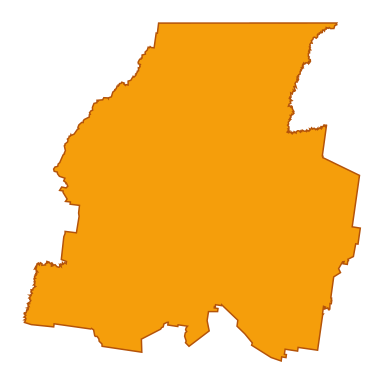 outline of Walgett, New South Wales, Australia
{"feature_id": "25037944B85732743205299", "entity_name": "Walgett", "entity_type": "district", "adm_level": 2, "iso_a3": "AUS", "parent_name": "Australia", "parent_adm1": "New South Wales", "projection": "natural_earth1", "projection_center": [148.338, -29.79], "detail": "fine", "context": "isolated", "style": "filled", "palette": "amber", "viewbox_px": 384, "rotation_deg": 0, "n_neighbors": 0, "source": "geoboundaries", "source_scale": "gbopen_adm2", "svg_char_len": 5784}
<svg xmlns="http://www.w3.org/2000/svg" viewBox="0 0 384 384"><path d="M23.7,322.2L31.3,324.6L53.7,326.9L54.1,323.8L90.8,329.0L91.5,328.4L93.6,329.9L94.7,335.6L95.3,336.4L97.1,336.4L98.8,338.8L99.2,341.3L101.9,343.9L102.1,346.3L141.8,352.2L141.4,339.1L160.6,329.2L161.6,327.6L163.2,326.9L163.9,323.9L166.9,322.4L168.2,322.3L167.8,325.0L177.8,326.5L178.1,324.8L187.5,326.2L186.1,327.9L185.6,329.8L186.7,331.6L185.3,332.8L184.6,336.2L186.2,341.1L185.5,342.7L189.0,346.3L209.2,330.9L207.1,320.6L208.5,311.6L217.6,311.6L218.0,308.5L214.2,307.9L214.4,306.5L215.3,306.6L215.6,304.7L221.4,305.6L221.6,304.7L237.8,320.2L237.0,326.2L244.8,333.8L252.3,342.9L251.6,345.2L271.1,357.5L281.2,361.0L281.7,356.9L286.0,357.6L286.4,354.6L284.4,354.3L285.1,349.2L297.6,351.1L298.1,347.4L317.6,350.2L322.6,315.2L323.4,314.0L322.5,313.9L323.5,306.3L325.3,307.0L324.4,308.1L325.0,308.2L324.8,308.9L327.8,307.9L328.5,309.7L329.1,309.7L328.9,308.8L329.8,308.9L330.0,303.5L331.3,303.7L331.7,300.7L331.2,300.9L331.6,298.1L330.8,297.9L333.7,276.9L340.5,272.6L338.6,268.7L342.6,261.8L344.1,261.6L343.2,263.8L347.3,264.4L347.8,261.1L348.5,260.7L347.9,259.3L353.4,256.5L355.7,243.8L358.0,244.1L360.3,228.1L352.2,226.8L359.5,175.4L322.8,157.6L323.0,156.2L322.3,155.9L326.6,124.7L326.1,125.4L324.8,125.1L324.9,126.3L323.8,125.3L323.4,126.4L321.8,126.6L322.0,127.4L321.0,126.9L321.1,128.6L319.9,127.8L317.9,129.4L317.8,128.2L316.9,129.4L316.1,128.9L315.6,129.6L314.1,128.2L312.7,129.1L311.6,127.8L310.5,129.6L309.8,129.1L310.0,129.8L308.9,131.2L307.8,130.3L306.8,131.4L306.4,130.3L305.8,131.2L304.2,131.2L302.2,130.1L301.7,131.5L300.8,130.8L300.3,132.1L299.0,130.8L297.6,130.8L296.2,131.8L296.1,133.0L294.3,131.8L294.3,132.5L293.4,132.3L292.5,133.5L291.9,132.5L291.7,133.4L290.1,131.9L289.4,132.3L289.7,131.1L288.6,131.3L288.0,132.5L287.1,132.1L288.7,129.9L288.1,129.0L288.9,129.0L288.9,126.8L287.6,125.1L288.6,124.1L288.3,122.2L290.0,120.1L289.4,119.6L290.7,119.2L289.8,118.3L291.0,117.1L290.3,115.5L291.3,115.6L291.9,114.1L292.7,114.6L294.0,113.1L292.7,111.8L293.8,111.3L292.5,109.2L292.1,106.5L291.3,106.0L290.9,107.2L289.7,105.9L288.4,106.2L289.1,104.1L290.8,103.3L290.1,101.2L292.0,100.6L289.3,98.5L289.7,97.3L290.5,98.0L291.0,97.3L290.7,92.9L292.3,93.9L292.7,91.9L293.7,91.4L293.4,90.2L294.7,91.1L295.3,90.6L293.9,86.6L295.1,86.3L296.2,87.3L295.0,83.4L296.3,81.7L297.1,81.9L296.9,79.6L298.0,80.5L298.6,79.2L297.1,77.2L297.9,77.1L297.8,76.2L298.6,76.6L298.7,74.6L300.1,74.1L300.2,71.3L301.3,70.7L300.8,69.6L302.3,68.7L301.6,67.8L303.2,67.7L302.5,66.4L303.1,66.1L302.5,65.5L302.9,64.3L303.4,64.5L303.8,63.0L304.8,64.0L305.9,62.7L307.6,63.1L308.3,62.1L308.7,63.7L309.9,62.3L309.4,61.2L310.4,61.2L310.3,59.7L308.6,58.7L309.2,56.9L308.4,56.6L308.4,53.3L309.6,52.8L309.0,51.7L309.6,51.1L308.8,51.0L309.7,48.9L310.3,49.2L309.6,47.8L310.2,47.3L309.5,46.6L310.2,45.9L309.8,44.5L310.9,42.9L312.1,43.1L311.4,40.7L312.8,39.5L313.4,37.5L314.7,37.2L316.2,38.2L317.6,36.9L317.4,35.1L318.0,35.0L317.9,34.2L319.3,34.1L319.4,32.9L320.2,33.0L320.8,32.0L321.1,32.8L322.3,32.5L322.5,30.1L323.6,30.0L324.5,31.0L325.1,29.2L326.2,29.1L326.2,27.5L327.2,27.8L327.4,28.8L327.5,27.9L328.6,28.3L329.2,27.5L330.6,28.6L333.9,28.5L334.8,25.6L336.8,24.7L336.3,23.9L336.8,23.0L158.6,23.1L157.4,33.2L156.2,33.0L154.1,47.8L151.2,47.5L150.1,46.6L149.4,47.7L148.2,47.2L147.3,50.0L145.1,52.1L145.4,54.1L142.1,55.0L142.0,58.0L141.2,58.0L140.9,59.2L139.7,59.2L138.1,62.2L138.4,63.8L140.4,64.5L139.7,65.9L140.1,66.6L139.1,68.0L138.4,67.8L138.5,70.8L137.3,71.2L137.2,72.5L135.7,74.0L136.2,74.2L135.7,75.5L134.4,76.6L133.4,76.4L133.6,77.1L132.7,77.1L130.8,80.3L128.1,81.1L128.1,85.0L126.0,84.6L125.4,85.4L123.8,83.9L124.2,83.1L121.8,82.2L121.0,83.4L119.5,83.6L119.3,84.9L118.2,85.0L118.3,86.1L117.1,86.1L116.2,88.7L114.8,89.6L115.0,90.3L112.8,92.1L111.4,96.8L108.3,97.9L108.3,98.5L107.8,97.9L103.8,97.7L102.7,99.8L97.2,100.3L97.7,101.1L97.0,101.0L96.9,102.7L94.0,103.4L92.4,107.4L92.6,110.2L91.0,110.8L89.5,112.8L90.3,114.3L89.3,114.8L89.3,117.0L84.3,119.5L83.4,120.6L83.2,122.5L81.7,122.4L78.9,124.9L77.9,127.4L78.8,128.7L77.5,129.2L74.1,134.1L71.2,135.4L70.9,134.7L70.4,136.1L69.2,136.2L68.9,137.9L67.4,139.1L68.0,139.9L67.6,141.9L64.9,144.1L65.1,145.1L64.3,145.8L65.4,150.7L64.2,153.3L64.5,153.8L63.1,154.9L59.7,162.7L58.2,164.0L57.7,166.4L55.0,167.0L53.6,169.1L54.2,171.3L57.3,172.1L57.5,173.7L59.4,176.3L64.9,178.2L63.7,180.9L66.1,182.7L65.9,183.6L66.8,183.9L67.8,186.2L66.1,187.9L61.7,187.0L59.6,190.4L63.1,191.0L63.1,192.5L67.1,199.0L65.5,201.4L70.4,202.0L70.1,204.2L79.5,205.4L78.6,213.1L79.1,216.3L76.4,232.8L65.1,231.4L65.1,233.4L63.8,236.8L61.3,259.5L66.5,261.5L66.2,263.7L64.8,262.7L63.4,264.0L62.5,262.8L62.4,264.5L60.8,264.1L61.2,266.5L59.7,265.0L59.9,266.2L59.0,267.3L56.9,266.7L55.1,264.7L53.6,265.1L52.9,264.2L52.8,265.8L51.4,266.2L51.5,263.0L50.2,263.6L49.2,262.2L47.5,262.9L48.2,261.8L46.9,261.4L46.6,262.9L45.2,264.1L45.4,264.9L41.9,265.3L42.0,263.7L40.3,262.7L39.5,264.8L38.3,263.0L37.3,263.8L38.4,264.8L37.0,264.1L36.6,265.8L35.7,265.6L36.6,266.1L36.2,267.8L35.5,267.1L34.6,268.9L35.9,268.5L35.6,269.1L37.5,271.7L36.3,271.4L36.7,273.7L35.8,273.6L36.1,275.0L35.2,275.0L35.4,275.8L34.6,276.2L34.5,277.9L35.3,278.4L34.0,278.9L35.0,281.7L34.2,281.9L34.9,283.2L33.6,284.9L34.6,284.9L34.7,286.2L35.5,286.5L33.1,288.3L32.7,290.0L31.1,289.8L31.4,291.9L30.4,291.6L32.3,293.2L31.0,294.4L31.1,295.3L29.9,295.3L30.8,295.8L29.0,298.0L29.9,298.2L29.8,299.6L30.8,300.3L30.2,301.7L28.0,303.2L29.0,303.7L27.7,304.0L28.4,304.9L27.8,305.8L28.3,305.4L28.9,306.4L28.2,306.3L28.2,307.6L27.3,307.9L28.3,308.2L28.1,309.6L27.0,309.5L26.7,310.3L27.5,310.9L26.6,310.7L26.2,312.6L24.7,312.8L25.1,313.4L24.2,313.9L25.8,315.2L24.0,317.1L25.3,317.4L25.9,318.7L24.4,319.8L25.5,319.9L24.8,322.4L23.7,322.2Z" fill="#f59e0b" stroke="#b45309" stroke-width="1.5"/></svg>